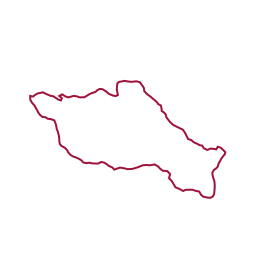 outline of Suzano, São Paulo, Brazil, rotated 109°
{"feature_id": "56859067B65959534895327", "entity_name": "Suzano", "entity_type": "district", "adm_level": 2, "iso_a3": "BRA", "parent_name": "Brazil", "parent_adm1": "São Paulo", "projection": "albers", "projection_center": [-46.312, -23.613], "detail": "fine", "context": "isolated", "style": "outline", "palette": "rose", "viewbox_px": 256, "rotation_deg": 109, "n_neighbors": 0, "source": "geoboundaries", "source_scale": "gbopen_adm2", "svg_char_len": 2209}
<svg xmlns="http://www.w3.org/2000/svg" viewBox="0 0 256 256"><g transform="rotate(109 128 128)"><path d="M80.9,131.5L81.1,135.2L82.2,137.6L83.2,139.7L83.9,142.6L84.6,146.7L86.1,149.2L87.3,151.5L89.3,152.6L93.1,151.7L95.3,151.1L97.5,149.8L100.0,148.3L101.8,149.9L102.2,152.8L102.0,157.0L100.6,160.5L99.6,164.8L100.3,167.5L102.2,169.3L104.5,170.5L106.7,173.5L108.5,175.4L110.4,177.0L113.1,179.2L114.8,183.8L114.7,186.5L115.4,190.0L116.9,192.1L118.5,194.4L118.5,197.6L117.6,201.2L120.1,203.4L121.2,200.3L123.7,200.3L123.8,203.3L123.1,205.9L122.3,208.9L122.8,211.4L122.6,214.0L122.4,217.2L122.0,220.2L123.3,222.2L124.8,224.8L127.0,226.6L129.2,228.1L129.5,230.9L133.3,229.5L135.4,226.9L137.1,223.9L138.9,221.9L140.6,219.9L142.7,217.8L144.2,215.5L145.4,212.5L144.7,209.6L145.4,206.7L144.7,204.0L144.8,200.1L147.8,197.6L150.0,196.2L152.1,195.1L154.1,193.3L157.7,190.9L160.5,189.5L163.2,188.5L165.3,187.2L166.6,185.2L167.3,181.1L168.9,178.2L170.6,176.5L172.1,173.7L172.8,170.6L172.8,167.5L173.1,164.8L173.6,161.8L175.1,159.2L174.9,156.2L173.4,153.2L173.1,150.3L172.1,147.0L171.2,144.4L168.9,142.4L168.5,139.3L169.0,136.8L170.1,133.9L170.4,130.0L171.8,127.4L170.0,125.2L168.0,122.6L167.4,118.8L167.0,114.9L165.5,111.1L164.3,109.2L161.9,105.9L160.1,103.8L158.4,101.8L157.3,99.4L155.9,94.6L153.8,91.0L154.5,87.2L155.9,84.6L157.1,81.3L156.5,79.0L156.0,76.7L157.8,73.3L162.2,72.8L164.0,69.2L166.9,65.8L168.6,63.9L168.8,60.0L169.6,55.3L167.9,53.7L166.8,51.1L165.4,47.1L165.4,43.6L164.9,40.0L167.5,37.0L168.4,34.4L168.1,31.4L167.4,27.8L165.4,25.6L162.5,25.1L160.1,25.6L157.0,26.4L154.3,27.2L150.3,28.9L147.7,30.9L145.0,32.8L142.4,33.7L139.6,33.0L137.3,31.4L135.0,30.5L132.4,30.8L129.8,30.3L126.6,29.8L123.7,28.9L121.3,27.9L119.2,28.1L117.6,31.3L116.5,33.8L116.5,37.0L119.4,37.6L120.0,40.8L120.6,43.3L122.9,45.8L122.5,49.7L120.5,52.1L120.9,54.7L120.3,58.1L120.1,61.0L118.9,64.0L118.8,67.7L116.9,69.6L114.0,72.5L111.7,75.6L111.3,79.1L110.8,83.3L110.3,86.7L108.5,90.4L106.8,93.1L105.2,95.4L103.1,96.5L101.7,98.8L101.0,101.6L98.5,102.7L96.0,104.3L95.6,107.1L94.2,109.0L93.1,111.4L92.1,114.3L90.9,117.2L90.3,119.4L89.3,122.0L87.7,124.7L85.0,126.0L83.2,128.3L80.9,131.5Z" fill="none" stroke="#9f1239" stroke-width="2"/></g></svg>